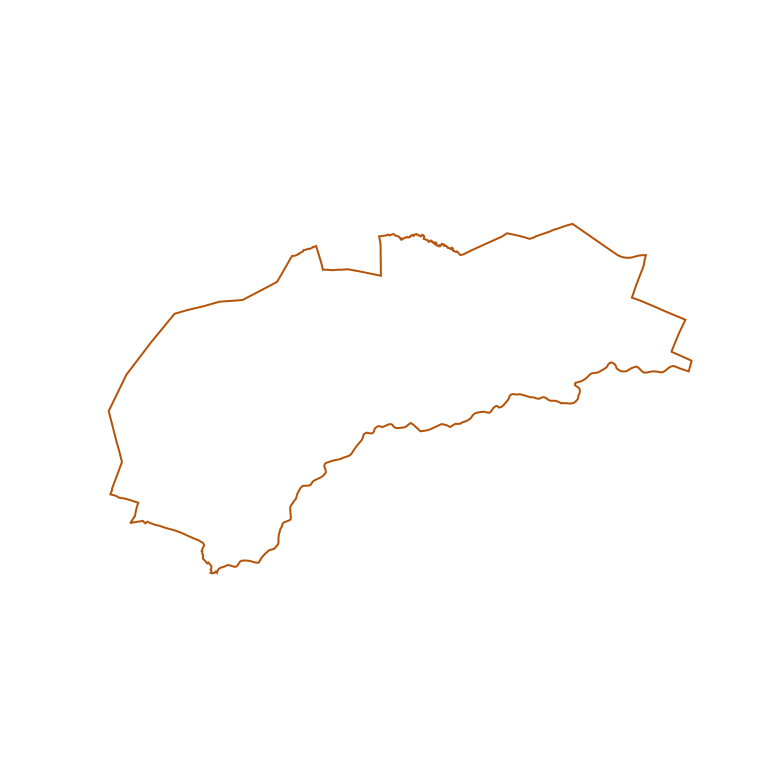 outline of Fratautii Noi, Suceava, Romania, rotated 319°
{"feature_id": "2599482B88519783611036", "entity_name": "Fratautii Noi", "entity_type": "district", "adm_level": 2, "iso_a3": "ROU", "parent_name": "Romania", "parent_adm1": "Suceava", "projection": "orthographic", "projection_center": [25.895, 47.931], "detail": "fine", "context": "isolated", "style": "outline", "palette": "amber", "viewbox_px": 768, "rotation_deg": 319, "n_neighbors": 0, "source": "geoboundaries", "source_scale": "gbopen_adm2", "svg_char_len": 6166}
<svg xmlns="http://www.w3.org/2000/svg" viewBox="0 0 768 768"><g transform="rotate(319 384 384)"><path d="M226.0,423.8L231.2,416.7L232.3,415.6L233.8,414.8L240.2,413.1L242.3,412.8L246.6,410.0L252.4,407.8L254.4,407.5L256.1,407.7L259.3,410.4L261.8,411.9L263.1,411.8L266.0,411.0L267.0,410.9L269.4,411.4L275.2,413.0L277.5,413.3L281.8,412.7L282.8,411.7L284.0,409.5L284.7,407.4L285.2,406.6L286.4,405.8L288.1,405.4L294.6,408.0L301.6,411.9L305.5,413.2L309.8,415.0L310.9,415.3L312.6,415.4L314.8,415.0L317.6,414.1L322.5,412.9L330.4,411.7L333.2,410.4L334.5,409.3L336.1,408.7L338.7,409.2L339.4,409.8L341.0,412.1L342.7,413.4L343.8,413.6L345.5,413.1L347.2,411.9L348.2,411.6L351.1,411.7L352.1,412.2L353.0,413.0L354.0,414.8L354.7,415.5L359.5,417.1L360.9,417.4L362.8,418.8L363.4,419.8L363.5,420.2L363.5,420.9L363.3,423.1L364.6,425.6L366.6,427.2L367.9,427.9L368.9,428.8L370.7,429.9L372.0,430.4L373.0,430.6L378.0,430.8L378.6,431.1L379.4,433.6L380.2,440.4L380.2,442.0L380.5,443.6L384.4,446.2L386.7,447.5L388.8,448.4L401.1,452.0L403.0,454.3L404.6,456.9L405.6,459.7L406.6,460.1L408.2,460.2L411.7,460.9L413.7,462.7L414.6,463.2L415.2,463.9L418.0,464.4L422.5,466.2L426.3,466.7L427.4,466.7L429.4,466.0L430.3,465.9L432.7,465.7L433.9,466.0L437.7,468.0L441.2,470.4L442.8,472.7L444.6,474.8L446.2,475.0L451.1,473.8L453.8,474.0L454.5,474.4L455.2,475.3L455.4,477.3L457.4,478.3L460.2,478.4L466.7,477.4L468.9,476.8L471.3,475.3L472.6,475.3L474.0,475.8L475.3,476.8L477.4,479.2L479.9,480.9L481.1,482.6L485.8,490.1L488.1,492.2L490.6,496.3L491.9,497.1L493.8,497.6L495.4,498.3L496.5,499.6L497.2,501.0L497.3,502.7L497.6,503.6L498.5,505.5L499.7,507.0L501.2,507.9L503.4,510.7L503.9,512.0L504.8,513.7L505.0,514.9L506.4,515.5L507.3,516.8L509.0,518.0L510.9,520.2L512.8,521.7L514.0,522.4L516.4,523.0L519.8,522.6L520.8,522.3L523.3,520.2L525.4,519.4L527.2,517.9L528.3,516.0L528.5,514.6L527.5,511.1L527.5,510.0L528.3,509.1L529.3,508.8L535.2,511.5L539.3,512.2L541.0,512.3L545.9,511.9L547.7,512.2L550.7,514.0L552.0,515.2L554.4,516.0L561.3,517.3L563.7,517.3L565.5,516.5L567.4,516.2L569.0,516.4L570.1,517.5L570.7,518.8L571.1,520.8L570.6,523.1L569.8,524.8L570.7,528.6L571.8,530.6L574.6,533.0L576.4,533.6L581.2,534.4L585.6,536.2L586.4,537.3L586.7,538.5L587.1,544.3L587.6,545.7L589.4,547.5L594.3,550.2L595.3,551.0L598.1,553.6L599.6,555.7L601.0,557.2L602.0,557.9L604.7,558.5L609.9,558.6L611.5,558.9L613.3,559.7L614.5,560.5L617.7,566.7L622.2,574.4L631.3,568.4L631.2,567.7L622.2,548.5L622.5,548.0L639.9,539.2L653.6,533.3L641.5,508.7L640.6,506.5L632.5,490.0L631.2,487.5L627.7,481.5L639.6,474.6L654.8,466.6L658.2,464.6L662.2,461.3L666.2,458.5L663.1,456.0L660.6,454.3L653.8,450.9L652.4,450.0L650.2,448.2L647.9,445.6L646.8,444.1L645.8,442.1L644.4,438.7L644.2,437.3L641.4,426.6L631.3,386.7L630.6,386.7L628.5,385.4L622.8,382.9L616.8,380.6L613.3,378.9L608.9,377.6L595.6,372.2L593.3,371.8L589.1,370.0L585.8,364.6L584.3,362.8L584.0,361.9L575.8,351.0L569.0,349.9L538.7,340.8L528.9,338.2L526.5,337.0L526.0,336.0L526.1,335.6L526.1,334.8L526.3,334.2L526.0,332.7L526.1,331.9L526.0,331.7L525.2,331.7L524.7,331.2L524.4,329.8L524.1,329.6L523.4,328.4L523.6,328.1L524.4,327.8L524.6,327.5L524.9,326.0L524.4,325.5L524.1,325.6L523.8,326.1L523.4,326.2L522.7,325.6L522.5,324.4L521.6,323.6L521.5,323.1L521.8,322.3L521.2,320.7L521.5,320.3L521.4,319.8L520.0,319.1L519.9,318.8L520.7,318.1L520.7,317.6L519.5,316.2L518.3,316.8L517.7,316.4L517.1,316.6L517.1,315.9L517.0,315.7L515.8,316.2L515.6,316.0L515.5,314.6L514.7,314.1L514.7,313.4L514.2,312.6L514.3,311.9L514.5,311.7L515.9,312.0L515.8,310.9L514.2,310.7L514.1,310.4L514.2,309.4L513.7,309.4L513.5,308.9L513.6,307.6L513.9,307.3L513.8,306.9L513.1,306.2L511.7,306.4L511.0,306.2L510.9,306.0L511.3,304.2L509.3,300.7L509.7,300.5L510.0,299.8L511.1,299.0L511.3,298.5L511.3,297.6L510.9,296.8L510.6,296.5L509.2,297.0L508.6,296.7L508.3,296.3L508.5,295.6L508.4,295.3L507.7,294.9L507.7,294.2L507.2,293.3L506.8,293.0L506.8,292.7L506.9,292.1L505.2,291.3L504.4,291.6L503.5,291.6L503.4,291.2L503.5,290.5L503.2,290.1L502.2,290.1L501.9,289.7L501.4,289.6L500.2,290.1L499.8,290.0L498.8,289.6L498.4,288.5L498.1,288.3L497.2,288.4L495.9,287.1L494.7,287.2L493.5,286.7L492.5,286.9L491.9,286.6L491.6,286.3L491.6,286.0L492.5,285.6L492.6,285.4L491.8,284.7L491.8,282.3L491.1,281.0L490.0,279.8L489.9,278.2L489.6,277.4L489.2,276.8L485.9,275.6L485.4,275.1L485.1,273.8L483.5,273.5L477.1,269.4L474.4,274.2L472.7,276.7L452.7,300.3L438.9,282.3L432.0,273.7L425.6,268.9L424.9,268.0L419.7,264.3L416.0,260.4L414.0,258.5L412.8,257.7L416.0,251.7L423.3,235.3L422.0,235.0L420.9,234.4L420.4,234.4L419.9,233.8L419.2,234.0L418.3,233.9L417.3,233.4L416.6,233.4L416.4,233.3L415.9,232.5L413.9,231.6L412.9,231.4L411.4,230.2L410.9,230.1L409.8,230.8L407.0,230.1L405.2,230.1L404.9,229.6L403.9,229.7L402.6,229.4L400.7,228.6L398.6,227.0L370.3,236.8L332.3,227.8L313.6,213.8L298.8,206.9L283.1,198.7L272.0,193.6L235.6,199.7L195.6,208.0L158.5,223.8L144.5,251.6L140.5,260.2L135.1,270.9L127.9,274.9L110.0,284.6L109.1,285.6L105.1,287.8L108.2,292.3L109.7,296.4L113.0,300.1L116.1,304.8L120.6,312.4L116.6,314.8L112.6,317.7L109.1,320.5L108.8,320.4L102.9,322.0L102.0,322.3L101.8,322.7L112.2,329.1L112.2,330.6L112.5,332.6L114.6,332.5L115.2,332.8L115.5,333.9L119.1,340.6L121.3,343.3L124.5,348.9L130.2,357.5L133.5,363.5L138.9,375.4L141.8,380.9L142.1,382.5L143.0,384.5L143.0,385.4L142.8,386.9L142.2,388.1L140.5,388.5L137.0,390.2L136.7,390.6L137.1,391.0L135.3,393.2L135.4,393.5L135.3,394.4L132.7,397.0L132.9,397.9L132.9,403.4L134.3,403.4L134.3,408.1L132.9,409.8L131.3,410.4L131.1,411.8L130.5,412.7L130.2,412.9L129.4,412.8L129.7,413.4L129.8,413.8L130.7,414.4L131.3,415.0L132.2,415.4L133.0,415.4L133.8,415.0L134.2,415.2L134.3,415.8L134.2,416.9L135.3,416.1L137.0,415.4L137.6,415.2L139.0,415.2L140.2,415.5L143.6,417.0L146.6,417.8L147.5,418.4L148.3,419.3L151.5,424.2L152.6,424.8L154.6,424.8L158.8,423.6L160.4,423.8L163.4,426.1L165.4,428.1L166.7,429.6L169.8,434.4L171.3,436.0L172.0,436.4L172.8,436.5L176.7,435.0L181.7,434.2L187.0,434.0L188.6,434.2L192.8,436.3L196.5,435.9L198.9,435.4L200.3,434.5L203.7,430.6L205.5,429.0L210.4,425.6L214.0,424.3L214.6,423.6L216.3,422.8L217.6,422.8L223.0,424.7L224.8,424.9L225.3,424.5L226.0,423.8Z" fill="none" stroke="#b45309" stroke-width="2"/></g></svg>